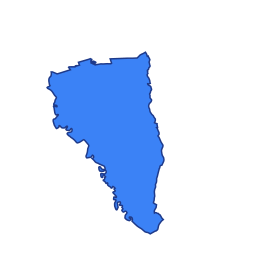 outline of Cajicá, Cundinamarca, Colombia, rotated 136°
{"feature_id": "7082276B54625644795372", "entity_name": "Cajicá", "entity_type": "district", "adm_level": 2, "iso_a3": "COL", "parent_name": "Colombia", "parent_adm1": "Cundinamarca", "projection": "robinson", "projection_center": [-74.022, 4.935], "detail": "fine", "context": "isolated", "style": "filled", "palette": "blue", "viewbox_px": 256, "rotation_deg": 136, "n_neighbors": 0, "source": "geoboundaries", "source_scale": "gbopen_adm2", "svg_char_len": 5910}
<svg xmlns="http://www.w3.org/2000/svg" viewBox="0 0 256 256"><g transform="rotate(136 128 128)"><path d="M189.8,58.2L189.7,54.3L189.5,51.2L189.1,49.1L188.3,46.0L187.9,41.6L187.2,40.2L186.3,39.0L185.7,37.2L185.6,36.4L179.9,34.9L179.5,34.5L177.8,34.3L177.1,34.4L176.4,34.8L173.9,36.5L172.5,37.1L168.6,37.8L166.2,37.6L166.2,39.7L165.3,43.1L165.6,44.2L165.6,45.6L166.1,46.1L166.6,47.5L166.9,47.9L167.4,48.4L168.0,48.5L167.2,49.6L166.5,50.2L165.5,50.6L163.0,51.3L160.8,53.0L161.3,54.5L161.7,56.5L160.9,57.1L159.5,57.8L157.4,59.6L156.1,60.4L153.4,63.8L151.6,65.2L149.1,66.4L147.5,68.3L145.1,69.3L143.6,70.6L142.5,71.8L140.5,72.8L138.7,74.0L133.5,77.2L133.0,77.2L131.5,78.3L130.6,78.4L129.5,77.7L125.6,79.2L124.4,80.0L123.9,80.6L123.0,81.9L122.4,84.3L121.7,85.7L119.9,88.2L118.9,89.1L118.0,89.4L117.2,89.9L116.7,90.0L115.8,90.4L115.5,90.8L114.8,91.3L114.0,94.9L112.1,99.9L112.2,100.6L112.1,101.1L111.8,101.6L110.3,101.8L109.8,102.1L109.1,102.9L108.8,103.4L108.1,105.5L107.2,107.3L107.1,108.4L106.3,107.9L104.5,110.6L104.1,110.9L104.8,112.1L105.3,113.4L104.4,113.7L103.0,114.5L102.1,115.5L101.8,117.7L101.3,119.2L101.4,121.4L100.9,124.1L100.2,125.4L99.3,126.6L99.0,127.7L98.3,129.0L97.5,129.8L96.5,130.4L95.3,130.8L94.3,130.7L93.2,130.9L92.4,131.2L91.6,131.7L91.4,132.2L91.3,133.8L91.1,134.5L90.6,135.1L89.7,135.9L89.0,137.3L88.5,137.7L87.7,137.7L86.0,138.8L85.2,139.1L84.9,139.0L84.1,139.5L83.5,140.9L83.0,141.5L82.9,142.3L82.9,143.1L83.4,144.3L83.5,145.4L83.3,146.0L83.1,146.2L82.4,145.3L81.0,144.6L80.6,145.4L79.3,147.2L78.4,149.4L78.1,151.6L77.3,153.0L76.7,153.3L75.9,153.3L75.0,154.9L74.3,155.2L74.3,155.5L74.0,156.0L73.5,156.1L72.6,155.9L71.2,156.8L70.0,156.9L69.3,157.1L69.0,157.3L68.2,158.9L68.0,159.1L67.1,160.7L66.7,161.0L65.4,161.6L64.7,162.1L64.1,164.0L64.0,165.0L63.4,165.6L62.9,165.5L64.3,166.2L63.3,168.2L62.8,170.4L65.6,171.1L66.5,171.5L68.6,172.1L71.2,172.0L72.8,172.0L76.0,174.8L79.6,178.3L92.8,190.1L94.8,186.0L95.3,186.0L95.9,186.3L97.3,187.6L98.2,188.6L101.5,191.4L103.0,193.0L105.6,194.7L106.3,195.3L107.8,196.2L107.8,196.5L108.3,197.6L108.3,197.8L107.3,197.4L105.8,197.4L105.6,197.5L105.5,197.8L105.7,198.5L106.0,198.7L106.1,199.6L106.3,200.0L106.6,200.1L106.9,200.1L107.5,198.6L108.3,198.4L108.7,198.6L108.5,199.6L109.4,200.1L109.4,200.5L109.1,200.8L107.9,200.0L107.5,200.2L107.6,200.8L108.4,201.7L108.3,202.0L107.7,202.2L106.8,202.1L106.5,202.3L106.4,202.8L106.8,203.1L107.0,204.1L107.5,204.2L108.7,204.8L118.0,209.7L119.2,206.9L122.0,208.4L121.9,208.8L122.7,209.2L123.1,208.7L123.6,208.8L127.9,212.9L128.6,212.9L129.0,209.9L129.4,210.1L140.6,215.7L141.4,216.2L143.4,220.8L144.3,221.7L145.3,220.4L146.4,219.5L147.4,218.9L149.4,218.8L150.8,218.2L151.7,217.4L152.5,216.5L154.4,213.7L154.7,212.6L155.6,212.6L157.4,213.3L158.1,213.3L158.2,212.9L158.3,212.4L157.3,209.2L157.2,207.5L157.3,206.4L158.1,202.4L158.1,200.5L158.2,199.8L158.8,199.3L161.0,198.7L162.7,197.5L164.5,197.0L164.9,196.7L165.1,196.4L165.0,195.8L163.7,193.9L163.7,193.4L164.2,192.7L164.4,192.7L164.7,193.1L166.1,195.4L166.2,195.5L166.5,195.4L167.1,194.0L170.0,189.9L170.6,188.5L170.6,187.2L169.1,186.5L168.9,186.0L169.1,185.8L169.9,185.6L172.0,185.5L173.5,185.2L174.2,185.3L175.4,186.0L176.0,185.9L176.5,185.5L177.2,184.7L179.0,181.3L179.8,178.0L179.8,177.3L179.6,177.1L177.5,176.6L177.1,176.7L176.1,177.5L175.8,177.5L175.5,176.9L175.5,174.4L175.3,173.9L174.7,173.1L173.5,172.1L170.9,171.9L170.5,171.6L170.6,171.0L171.3,170.6L173.0,170.4L173.5,170.2L173.7,169.9L173.6,169.0L172.8,167.9L171.7,166.9L171.3,166.8L169.8,167.1L169.2,167.1L169.0,166.3L169.2,165.8L170.4,164.8L171.2,164.6L172.0,164.8L173.8,166.0L174.8,166.4L175.6,166.3L176.0,165.6L176.0,163.7L175.6,162.5L175.6,161.1L175.1,158.7L174.9,156.3L175.1,153.2L174.8,152.5L174.4,152.2L173.2,151.6L172.4,151.3L168.3,150.5L167.9,150.3L167.8,150.0L167.7,149.3L168.1,143.5L168.3,142.8L168.7,142.3L171.4,141.0L173.1,139.6L174.0,138.9L175.7,137.9L177.5,137.1L178.1,136.5L178.4,135.7L178.4,135.1L177.9,134.7L175.0,132.8L173.8,132.8L172.7,133.2L172.3,133.0L172.2,132.4L172.3,131.8L172.7,131.1L173.2,130.7L174.0,130.6L175.0,131.1L174.9,128.9L175.1,126.2L174.9,125.2L173.9,123.1L173.7,122.0L173.2,121.0L172.8,119.9L172.0,118.2L171.7,117.3L171.7,116.6L172.0,115.8L172.8,114.5L173.0,114.4L173.5,114.4L174.0,114.6L174.3,115.0L175.1,116.1L175.3,116.9L175.3,117.7L174.9,118.9L175.1,119.5L175.5,120.1L176.3,120.0L177.6,118.4L178.1,117.2L178.1,116.4L175.9,114.1L175.4,113.9L173.7,113.5L173.5,113.2L173.5,112.9L173.8,112.1L174.4,111.3L174.9,111.1L176.2,111.0L176.8,111.3L177.3,111.7L178.5,113.7L179.1,114.0L179.7,113.7L180.3,113.0L180.9,112.2L181.3,111.4L181.0,110.3L180.5,110.1L178.5,111.4L177.9,111.5L177.7,111.3L177.7,110.4L178.1,109.6L178.1,108.4L179.3,108.5L180.0,107.6L180.7,107.5L182.0,107.7L182.3,107.3L181.8,105.6L182.3,103.5L182.1,103.2L181.1,103.0L180.9,102.7L181.1,102.1L181.7,101.8L182.2,101.1L182.2,99.8L181.7,98.3L181.8,96.6L181.5,96.1L181.3,96.0L180.0,96.5L179.5,96.5L179.4,96.3L179.2,95.6L179.1,93.7L180.0,93.9L180.4,93.8L180.6,93.4L180.7,92.0L181.1,91.6L181.4,91.5L181.9,91.6L182.9,92.2L183.5,92.2L183.8,91.6L183.9,87.1L184.1,86.5L184.5,86.2L184.9,86.3L185.8,88.0L186.0,88.1L186.4,88.0L187.0,87.4L187.7,87.0L187.9,86.6L187.9,86.2L186.8,85.1L186.7,84.8L186.8,84.4L187.4,84.0L189.4,83.4L190.3,82.8L191.8,81.1L193.1,78.3L193.2,77.2L192.8,76.9L192.5,76.9L190.1,77.9L189.6,78.9L188.3,80.5L187.9,81.3L187.3,81.7L186.7,81.6L185.1,80.5L185.0,80.2L185.2,79.6L185.8,79.0L187.2,78.8L187.5,78.6L187.6,78.4L187.5,77.9L186.5,77.1L186.2,76.7L186.0,76.2L186.1,75.8L186.3,75.6L187.5,75.2L187.7,73.6L187.9,73.3L188.5,73.2L189.5,73.2L189.8,72.7L189.9,71.2L189.7,70.7L189.1,70.4L187.9,70.2L187.4,69.7L187.3,69.2L187.4,68.0L188.1,67.5L190.6,67.1L192.3,65.8L192.8,65.0L192.7,63.1L192.1,61.6L191.4,60.4L189.9,60.1L189.4,60.3L189.2,60.7L189.1,61.1L189.5,62.5L189.0,62.9L188.5,62.8L187.6,61.7L187.5,60.7L187.9,59.7L188.7,58.7L189.8,58.2Z" fill="#3b82f6" stroke="#1e3a8a" stroke-width="1.5"/></g></svg>